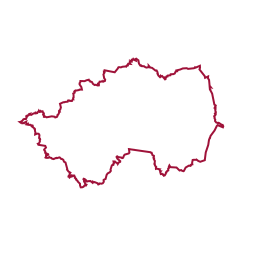 outline of Quitupan, Jalisco, Mexico, rotated 64°
{"feature_id": "50627088B17402794526783", "entity_name": "Quitupan", "entity_type": "district", "adm_level": 2, "iso_a3": "MEX", "parent_name": "Mexico", "parent_adm1": "Jalisco", "projection": "orthographic", "projection_center": [-102.887, 19.794], "detail": "fine", "context": "isolated", "style": "outline", "palette": "rose", "viewbox_px": 256, "rotation_deg": 64, "n_neighbors": 0, "source": "geoboundaries", "source_scale": "gbopen_adm2", "svg_char_len": 5795}
<svg xmlns="http://www.w3.org/2000/svg" viewBox="0 0 256 256"><g transform="rotate(64 128 128)"><path d="M160.6,196.5L161.2,195.3L161.3,193.7L160.6,192.3L161.3,191.0L160.7,190.2L160.2,190.7L159.1,190.9L157.7,190.6L157.1,191.0L156.7,190.9L156.8,190.1L154.5,190.5L154.2,190.1L154.8,189.4L156.8,188.5L158.1,188.4L158.6,186.2L159.1,185.6L159.2,185.0L161.6,183.9L160.8,183.1L161.9,182.5L161.9,181.8L164.2,179.7L165.7,179.5L165.8,178.6L165.3,178.0L166.5,176.1L166.6,174.8L165.7,173.3L164.1,172.8L163.9,172.0L164.0,170.5L160.8,167.8L159.9,166.2L159.8,163.8L159.0,162.2L157.8,162.0L154.6,159.0L154.4,158.3L154.6,157.9L154.4,157.8L154.5,157.1L153.8,156.9L153.6,156.2L151.7,155.7L152.4,154.4L153.3,154.3L154.2,153.4L155.1,153.2L155.3,152.6L155.7,152.7L154.9,151.4L155.0,149.9L154.4,149.5L150.9,151.0L149.0,151.0L148.7,150.4L148.8,150.0L149.8,149.6L151.8,146.7L152.4,146.6L152.7,146.0L152.5,145.3L150.9,143.6L150.5,142.5L151.2,138.5L150.7,137.5L147.4,136.4L159.7,118.3L160.5,118.1L160.7,117.6L163.2,117.9L164.3,116.9L165.0,117.2L165.9,118.2L166.7,117.8L167.3,118.4L169.4,118.3L171.5,119.6L171.8,120.0L172.3,119.7L173.0,120.1L174.2,120.1L175.2,119.7L176.1,120.5L177.0,120.8L177.1,120.1L178.9,117.7L179.0,118.0L179.9,118.0L180.9,117.9L181.2,117.5L181.5,118.3L183.8,118.7L184.1,117.5L185.4,117.1L185.4,116.7L186.6,116.7L186.7,115.7L185.7,114.2L184.6,113.4L184.8,113.0L183.9,112.0L183.8,110.4L182.2,109.8L182.0,109.5L182.2,109.3L181.6,108.2L180.6,108.2L179.8,107.2L181.8,107.0L184.8,101.7L188.8,100.3L189.1,98.7L189.7,98.5L191.1,97.2L191.1,96.6L188.8,93.5L188.5,89.8L189.4,88.6L189.3,88.0L188.7,87.8L188.6,87.3L188.9,86.1L187.5,85.7L185.1,83.9L185.4,82.8L186.5,80.6L186.4,80.3L188.4,79.3L190.0,77.9L190.6,73.1L184.0,68.8L178.4,63.3L174.3,60.5L172.8,58.9L172.9,58.7L171.3,57.3L168.2,51.3L165.1,47.3L164.7,46.2L169.0,42.4L168.2,41.6L166.7,41.6L166.3,42.3L163.4,44.0L163.3,44.5L162.9,44.6L162.8,45.2L161.7,46.3L159.8,46.7L158.7,45.9L157.3,46.0L156.8,45.6L155.4,45.5L155.1,45.3L155.0,44.2L154.1,43.1L153.6,42.9L153.9,43.7L153.1,43.6L152.9,42.6L152.3,42.1L152.0,42.3L149.3,41.4L149.4,41.1L147.9,40.3L147.6,41.0L146.2,39.3L144.8,40.1L134.0,37.3L130.1,37.4L129.7,37.2L129.3,37.5L126.9,36.6L127.7,35.7L125.7,36.1L120.4,34.1L118.3,34.3L116.8,33.4L116.7,36.7L115.0,36.3L106.7,38.1L105.5,36.9L103.6,36.1L103.4,40.8L102.8,41.1L103.2,41.8L103.2,42.5L101.2,48.1L100.0,49.0L98.5,52.6L98.3,55.6L97.5,59.1L98.5,59.1L98.1,60.4L99.5,62.1L99.5,63.5L98.4,66.1L99.2,66.8L98.3,69.3L99.0,69.9L98.5,70.7L99.2,71.5L98.8,72.3L100.4,72.7L100.5,73.4L96.3,74.5L96.3,75.3L95.4,75.7L96.3,76.5L96.4,76.9L94.2,77.7L92.3,77.7L92.3,77.4L90.4,77.0L88.8,77.1L88.5,78.1L84.5,80.0L83.0,82.0L82.6,81.7L81.1,82.1L81.6,82.3L82.2,83.4L81.8,84.9L80.9,85.8L79.4,86.6L79.1,87.5L78.4,88.2L78.4,88.6L77.5,89.4L77.1,89.1L76.7,89.7L74.9,89.9L71.7,89.0L69.6,90.1L69.3,89.5L69.3,92.0L69.8,91.4L70.8,91.5L69.2,92.9L68.2,93.1L68.9,94.4L67.8,94.0L68.6,94.9L69.7,95.4L68.9,96.2L69.7,96.2L69.3,97.1L69.6,97.1L70.2,98.1L71.4,97.8L70.3,99.6L70.8,100.4L72.5,100.9L71.6,101.1L71.3,101.5L71.5,102.3L72.0,102.8L71.6,103.2L70.5,106.2L70.4,107.8L69.3,109.5L69.3,110.2L70.0,111.0L72.1,115.5L65.9,123.7L67.4,124.5L66.9,125.0L68.5,125.7L69.1,126.6L72.9,127.6L74.5,127.3L75.6,128.1L75.5,129.5L74.9,129.8L75.3,130.3L74.5,131.2L74.5,132.1L73.9,133.2L74.8,134.1L74.9,135.5L75.9,135.6L76.4,135.2L76.9,135.5L76.5,136.6L75.0,138.1L74.7,139.2L72.8,140.2L71.1,140.2L70.5,140.5L69.8,141.6L68.8,141.6L68.2,142.2L67.4,142.1L66.9,144.6L66.9,146.4L64.9,150.2L66.2,151.1L66.5,151.9L67.6,152.4L70.8,152.0L73.3,152.6L72.2,154.8L72.4,155.4L71.6,158.3L71.2,158.8L71.4,159.8L71.6,160.2L72.2,160.0L72.9,160.5L73.0,162.1L74.1,162.3L76.7,163.5L77.0,164.2L78.0,164.5L77.8,164.7L78.4,165.7L79.1,166.3L78.8,167.4L77.9,168.3L77.9,168.7L77.3,169.0L77.0,169.8L77.9,170.7L77.0,173.1L76.9,174.2L76.5,174.8L76.4,178.5L80.1,179.3L81.8,180.9L82.3,182.3L83.5,182.2L83.4,183.0L84.1,183.3L85.0,184.3L85.5,185.8L86.0,185.8L86.9,187.1L86.6,188.8L85.7,189.0L84.1,191.4L82.7,196.5L81.3,197.5L81.4,198.3L81.1,198.7L79.8,198.0L79.4,198.4L78.8,198.4L78.7,197.8L78.1,197.8L78.0,197.3L77.0,197.3L76.3,197.7L75.5,197.5L75.2,198.3L75.3,198.6L74.3,199.2L75.0,200.0L74.9,200.4L74.5,200.7L73.5,200.7L74.1,201.4L74.2,202.8L74.8,203.1L74.4,204.6L73.6,204.7L73.9,205.4L73.5,206.6L73.8,209.1L73.2,209.6L73.2,210.1L72.4,210.6L72.2,210.2L72.1,210.7L72.8,211.2L73.1,212.1L72.6,212.8L73.4,213.7L72.9,213.7L72.7,214.1L73.2,214.5L73.9,214.4L75.3,215.9L74.6,216.8L74.3,218.1L75.3,220.1L75.2,220.8L75.6,221.4L75.2,222.6L76.2,222.1L76.1,221.5L77.4,221.1L77.5,220.4L78.1,219.4L77.7,219.1L77.8,217.1L78.2,217.6L79.6,217.0L80.2,217.8L81.2,216.5L80.8,216.0L81.2,216.0L81.9,215.5L82.4,214.2L83.7,213.5L83.9,212.7L84.3,212.7L84.5,213.7L87.3,212.3L87.7,212.5L88.2,212.1L89.6,212.8L92.3,213.4L92.4,213.9L93.1,214.3L93.2,212.2L93.6,211.4L94.1,210.8L95.6,210.7L98.0,212.3L98.9,211.8L99.8,212.0L100.1,212.7L101.2,212.9L102.3,214.1L102.9,215.2L102.7,215.9L103.8,215.9L107.8,210.2L109.6,210.3L110.6,212.8L111.5,213.0L112.5,212.6L113.4,212.9L114.2,212.8L114.2,213.3L114.5,213.3L115.4,212.2L116.0,212.1L116.5,211.3L117.1,211.4L117.1,212.4L116.6,213.6L117.8,214.2L118.4,215.1L118.9,214.7L118.9,214.1L119.2,214.0L119.8,213.0L119.6,211.5L120.4,211.2L121.3,210.0L122.2,209.8L123.2,208.7L123.2,207.9L123.4,207.7L123.3,206.3L123.5,205.4L123.8,205.4L124.0,205.0L124.3,202.6L124.7,202.2L126.6,201.6L126.8,201.0L128.2,200.1L130.2,200.3L131.6,199.3L138.4,200.6L138.6,201.0L139.0,201.0L141.2,200.5L142.9,199.4L143.5,200.5L144.7,201.2L145.0,202.3L145.6,202.8L146.0,202.4L146.9,202.3L146.5,200.8L145.7,200.4L145.6,199.9L145.8,199.3L147.0,199.5L146.9,197.4L147.2,197.1L148.2,197.4L149.0,197.1L149.6,197.6L150.8,196.9L151.2,197.3L151.8,197.3L152.4,196.8L153.5,196.5L153.9,196.7L157.0,195.6L158.3,196.2L160.6,196.5Z" fill="none" stroke="#9f1239" stroke-width="2"/></g></svg>